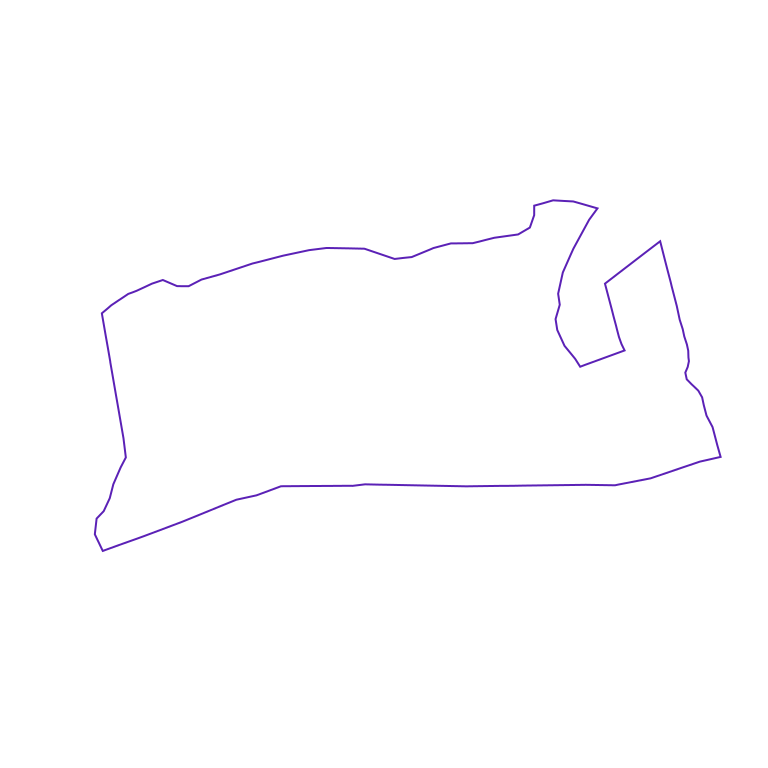 Nduga, Papua, Indonesia (orthographic projection), rotated 348°
{"feature_id": "22746128B7624163664321", "entity_name": "Nduga", "entity_type": "district", "adm_level": 2, "iso_a3": "IDN", "parent_name": "Indonesia", "parent_adm1": "Papua", "projection": "orthographic", "projection_center": [138.356, -4.436], "detail": "fine", "context": "isolated", "style": "outline", "palette": "violet", "viewbox_px": 768, "rotation_deg": 348, "n_neighbors": 0, "source": "geoboundaries", "source_scale": "gbopen_adm2", "svg_char_len": 2209}
<svg xmlns="http://www.w3.org/2000/svg" viewBox="0 0 768 768"><g transform="rotate(348 384 384)"><path d="M698.1,525.3L697.3,513.2L696.5,496.1L696.4,494.4L692.9,482.0L692.4,471.1L692.4,463.2L690.1,456.0L690.0,455.8L689.0,454.3L684.6,447.9L681.9,443.6L681.1,442.4L681.1,438.2L681.1,435.5L684.6,430.5L685.1,429.4L685.2,429.1L687.0,425.1L687.3,421.4L688.5,414.7L688.5,408.3L687.6,399.9L687.6,392.5L686.6,382.6L686.6,381.2L686.6,376.8L686.6,368.7L685.8,350.5L685.7,348.5L685.6,344.0L685.0,331.5L684.6,322.2L684.0,306.8L683.8,301.8L666.5,310.0L634.3,325.4L621.6,331.5L621.0,331.8L621.6,344.1L622.3,358.3L622.6,365.9L623.1,375.3L623.2,378.6L623.6,386.9L624.6,394.3L626.3,401.2L619.3,402.2L612.2,403.2L591.7,406.1L584.6,407.1L579.5,407.9L576.2,399.1L573.8,394.4L569.7,386.5L568.5,384.2L564.7,367.2L565.3,356.2L570.1,347.3L572.4,343.0L573.1,331.9L582.1,312.1L594.1,295.5L597.4,291.0L618.8,266.0L629.3,256.6L614.7,248.8L607.1,244.8L596.7,242.0L587.6,239.5L576.9,240.3L568.0,240.8L566.0,250.1L564.9,251.9L560.8,258.7L559.2,261.3L552.0,263.7L546.3,265.6L522.3,263.9L513.7,264.2L507.0,264.5L500.1,264.7L498.1,264.3L489.0,262.5L478.6,260.4L472.4,260.7L460.6,261.3L457.1,262.0L437.5,265.6L429.1,264.7L420.4,263.9L393.0,247.6L378.6,244.2L356.1,239.0L338.6,237.5L321.8,237.5L312.0,237.5L286.8,238.6L280.4,238.8L267.3,240.3L246.2,242.7L227.2,243.9L213.3,247.7L205.3,246.0L201.9,245.2L189.3,236.3L177.9,237.6L170.2,239.4L161.4,241.4L157.1,242.1L152.6,242.7L147.4,244.8L141.3,247.2L133.6,250.3L129.3,252.7L124.0,255.5L122.7,256.2L121.8,280.0L121.7,283.0L121.4,291.9L120.9,305.1L120.8,305.7L120.4,316.5L119.5,339.9L119.3,345.6L119.0,353.8L117.9,382.8L116.2,402.2L109.1,410.8L103.6,418.5L98.4,425.8L92.0,438.7L83.4,450.1L74.9,455.9L69.9,470.9L71.3,476.8L72.0,479.6L74.2,488.8L91.5,486.4L109.7,484.0L117.6,482.9L148.1,478.3L158.0,476.8L177.6,473.3L201.9,468.9L209.4,467.6L215.5,466.5L236.1,466.4L262.0,462.6L285.0,467.3L312.1,472.9L324.8,475.5L332.2,477.1L344.6,478.2L359.0,481.6L366.9,483.4L403.3,491.9L443.2,501.2L450.8,502.7L477.4,508.0L488.0,510.2L499.4,512.4L559.5,524.4L560.1,524.5L588.9,531.1L592.6,531.1L625.2,531.7L657.1,527.9L676.8,525.6L684.9,525.5L698.1,525.3Z" fill="none" stroke="#5b21b6" stroke-width="2"/></g></svg>